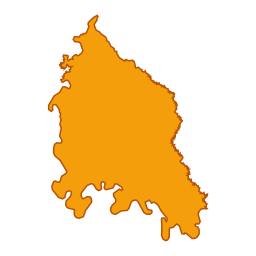 Taraira, Vaupés, Colombia (Natural Earth projection)
{"feature_id": "7082276B12935674193542", "entity_name": "Taraira", "entity_type": "district", "adm_level": 2, "iso_a3": "COL", "parent_name": "Colombia", "parent_adm1": "Vaupés", "projection": "natural_earth1", "projection_center": [-69.918, -0.672], "detail": "fine", "context": "isolated", "style": "filled", "palette": "amber", "viewbox_px": 256, "rotation_deg": 0, "n_neighbors": 0, "source": "geoboundaries", "source_scale": "gbopen_adm2", "svg_char_len": 5797}
<svg xmlns="http://www.w3.org/2000/svg" viewBox="0 0 256 256"><path d="M204.9,208.5L205.2,208.0L206.0,209.0L207.1,208.6L205.3,206.8L206.1,206.8L206.6,204.3L207.4,203.4L206.3,203.9L205.6,203.2L205.4,201.5L204.9,202.8L205.0,201.7L203.2,201.4L202.7,199.1L204.1,200.2L203.8,199.2L205.1,198.4L204.5,197.4L207.1,196.7L205.6,196.8L205.0,195.7L207.1,195.8L207.4,194.1L204.5,195.3L203.9,192.5L202.0,193.8L201.1,192.5L200.3,193.2L200.2,192.1L198.8,191.0L199.7,187.9L198.6,187.5L198.1,185.9L197.4,186.2L195.6,183.9L194.4,184.9L194.5,183.2L193.2,184.2L193.7,183.0L191.6,182.2L191.3,179.8L190.4,180.8L189.8,179.1L188.7,179.6L188.2,179.2L189.0,178.5L188.0,177.6L188.4,175.9L187.0,175.1L189.5,174.2L187.7,173.1L189.3,172.7L188.7,172.3L189.2,171.3L187.8,170.0L189.0,169.2L187.5,168.8L188.5,168.9L188.6,167.9L187.6,167.6L187.2,165.8L186.9,167.5L186.3,165.8L185.2,166.4L184.4,165.4L184.5,164.3L183.4,164.4L183.1,163.0L181.7,163.4L180.3,161.8L180.3,160.5L181.3,160.3L182.9,157.7L181.8,155.3L180.9,154.9L181.0,155.9L179.9,155.9L180.1,153.7L179.4,154.6L178.9,154.3L179.3,153.7L178.5,154.0L178.5,152.8L177.5,151.7L178.4,151.6L178.0,150.2L176.5,150.8L175.3,150.7L176.2,149.7L175.2,149.4L175.6,148.5L175.1,147.3L174.4,148.0L173.5,146.9L174.5,144.8L172.3,145.3L172.9,143.0L172.3,142.3L171.7,143.2L171.1,142.9L172.8,141.2L171.4,141.1L171.4,139.5L172.2,140.2L172.7,139.2L174.2,138.9L172.8,137.5L173.9,137.2L174.1,138.0L174.6,137.9L175.0,136.8L174.1,136.1L174.5,135.6L175.3,136.2L175.3,134.0L176.0,133.5L175.2,132.9L176.4,132.4L175.8,131.2L176.8,132.0L176.5,130.6L177.1,131.1L177.6,130.0L178.7,129.8L178.2,128.0L179.3,128.1L179.8,126.9L179.1,126.9L178.8,125.7L180.2,125.9L179.5,125.5L180.1,124.9L179.9,123.6L182.3,120.8L181.3,119.7L180.6,120.2L180.0,119.6L179.8,119.1L180.5,119.2L180.3,118.4L181.0,117.9L179.5,116.3L178.8,117.3L178.0,117.1L178.6,116.4L177.3,114.8L177.6,113.9L175.0,112.5L174.9,111.4L176.5,109.2L176.0,108.8L176.6,108.2L176.2,106.5L177.1,105.5L176.9,104.8L176.2,104.8L176.9,104.2L176.5,103.5L176.0,104.2L175.9,102.9L175.0,102.8L175.8,102.2L173.1,100.1L173.5,98.0L173.0,98.0L173.5,97.6L173.0,97.2L174.2,96.2L173.7,95.5L174.4,94.2L173.6,93.7L174.1,93.3L173.5,92.7L173.0,93.4L172.0,92.3L172.2,92.9L171.3,93.2L171.1,92.0L170.0,91.5L169.6,92.4L169.3,91.3L168.4,91.9L168.2,89.1L166.3,88.4L164.7,86.4L164.3,87.1L164.0,85.9L163.4,86.7L162.6,85.8L161.6,86.5L161.4,85.1L160.5,85.7L160.9,85.3L159.4,84.2L159.0,84.9L159.2,83.7L158.5,84.0L158.7,83.2L157.2,84.0L157.0,83.1L156.4,83.9L156.1,82.6L155.5,83.2L154.5,82.9L154.6,81.6L154.3,82.5L154.1,81.4L153.9,82.1L153.4,82.2L153.5,81.4L153.1,81.7L152.6,80.5L151.6,80.5L151.0,79.7L150.8,77.3L150.3,77.9L150.3,76.9L149.9,77.5L149.4,77.0L149.0,75.2L148.4,75.7L148.7,74.6L147.2,73.5L146.6,73.7L145.5,71.8L144.9,71.9L145.0,71.1L144.0,72.0L142.3,71.4L141.6,70.6L141.9,69.6L140.2,69.1L138.5,67.3L135.5,67.9L134.8,63.6L134.0,61.3L133.3,61.3L132.7,60.2L128.6,60.8L126.1,59.5L125.3,59.9L124.9,61.1L119.4,57.8L116.8,53.6L116.7,51.4L115.1,51.4L113.9,49.3L114.1,48.4L110.8,46.2L108.7,41.8L106.7,40.7L106.6,38.9L105.5,37.0L100.8,33.7L99.5,31.9L96.2,30.2L94.1,25.0L95.6,21.9L96.6,21.2L97.2,17.9L98.0,16.5L97.3,15.4L93.9,17.2L88.3,22.5L88.1,24.6L88.9,26.6L86.6,32.4L84.9,33.7L83.3,33.5L82.7,34.7L81.1,34.4L79.1,37.0L74.5,36.7L73.2,39.4L74.7,41.6L79.1,42.2L81.0,43.8L81.0,45.5L81.9,46.6L81.7,47.6L83.0,50.7L81.9,52.8L78.4,55.6L77.3,55.7L76.2,54.6L74.3,55.3L72.2,57.3L72.9,59.2L70.3,59.1L68.5,60.6L67.4,59.6L68.1,56.5L67.8,55.5L63.6,55.1L63.1,56.2L64.4,59.4L63.4,59.7L64.2,61.8L63.4,62.9L61.3,62.7L62.0,63.8L61.0,65.4L60.6,63.7L59.7,64.7L60.6,66.8L62.2,67.0L61.5,68.2L62.8,68.4L63.6,67.6L64.4,68.1L64.3,69.0L66.2,67.1L66.9,64.5L67.6,64.6L68.7,66.8L71.7,66.6L70.7,67.3L70.5,69.2L69.3,69.8L70.0,71.7L67.3,72.3L66.8,71.4L66.0,71.5L65.9,73.3L64.8,73.4L63.9,74.5L64.1,76.2L62.5,76.3L63.8,78.5L60.8,79.7L61.9,81.9L62.8,82.2L66.5,80.1L68.5,81.0L70.6,85.1L70.2,87.6L68.7,88.6L64.9,86.7L62.7,87.0L59.6,92.4L54.1,96.0L48.6,105.4L48.7,109.5L51.3,111.4L52.8,110.0L52.5,106.6L53.0,105.2L54.0,104.5L56.1,104.9L59.0,109.1L59.6,112.5L60.7,114.0L59.9,116.7L60.9,118.7L60.8,121.4L59.8,124.2L61.3,128.0L59.6,136.0L61.8,140.0L61.9,141.7L60.7,143.2L56.8,142.8L54.7,144.3L53.9,146.8L53.5,152.2L54.7,155.7L60.2,160.4L66.8,171.4L66.0,173.4L61.6,176.3L59.9,181.9L58.2,182.3L55.3,181.0L53.7,181.6L51.8,186.4L52.5,189.9L58.5,197.3L62.6,198.9L64.9,197.4L65.8,193.3L67.0,191.5L69.7,190.8L70.9,191.4L71.5,192.7L70.4,196.6L66.2,201.0L65.7,204.8L66.8,207.0L68.4,208.2L74.4,209.6L74.3,214.5L74.9,216.0L76.4,217.6L79.4,218.2L83.4,216.6L85.6,210.4L91.7,202.0L91.3,198.6L90.2,197.0L87.0,196.7L83.5,198.8L82.4,198.3L81.4,196.6L81.0,194.5L81.6,192.6L86.9,185.6L90.9,183.8L92.6,183.9L94.3,185.5L96.4,189.2L98.6,190.6L100.6,189.9L101.5,188.7L100.9,183.8L102.0,181.8L103.9,182.0L105.3,183.4L104.1,187.6L104.7,188.9L106.1,189.7L112.8,188.0L115.2,183.9L117.2,184.1L121.6,187.1L122.7,189.4L121.7,190.5L119.4,189.0L113.6,193.4L113.5,195.8L115.6,199.2L115.8,201.2L115.3,202.5L112.4,204.9L110.7,208.0L110.6,210.5L111.8,212.9L113.7,214.0L115.9,214.2L121.2,210.9L127.2,210.4L128.7,208.8L131.2,202.3L132.9,200.6L135.2,200.1L136.7,200.3L138.0,201.7L143.8,212.4L146.4,214.1L149.9,214.3L151.7,213.0L152.0,210.9L151.0,210.1L148.9,210.0L147.9,209.3L146.7,207.3L145.2,202.2L149.4,200.1L151.5,203.1L153.7,202.2L155.9,203.2L158.1,205.2L161.4,211.3L166.9,218.0L167.1,220.3L166.4,221.6L165.4,220.4L164.8,218.1L162.1,218.0L161.4,219.3L161.9,225.1L161.6,235.7L163.0,239.0L165.5,240.6L167.5,240.0L169.1,237.5L169.4,228.7L170.2,227.9L173.1,227.4L176.8,224.0L179.4,225.8L181.8,233.6L184.1,234.1L184.5,233.2L186.3,233.4L192.1,238.5L194.8,238.4L196.9,237.3L199.1,234.0L199.1,229.8L198.0,227.2L195.3,225.9L195.0,225.1L196.0,223.9L198.7,224.0L200.2,221.7L198.3,214.9L198.4,212.7L200.7,209.2L204.9,208.5Z" fill="#f59e0b" stroke="#b45309" stroke-width="1.5"/></svg>